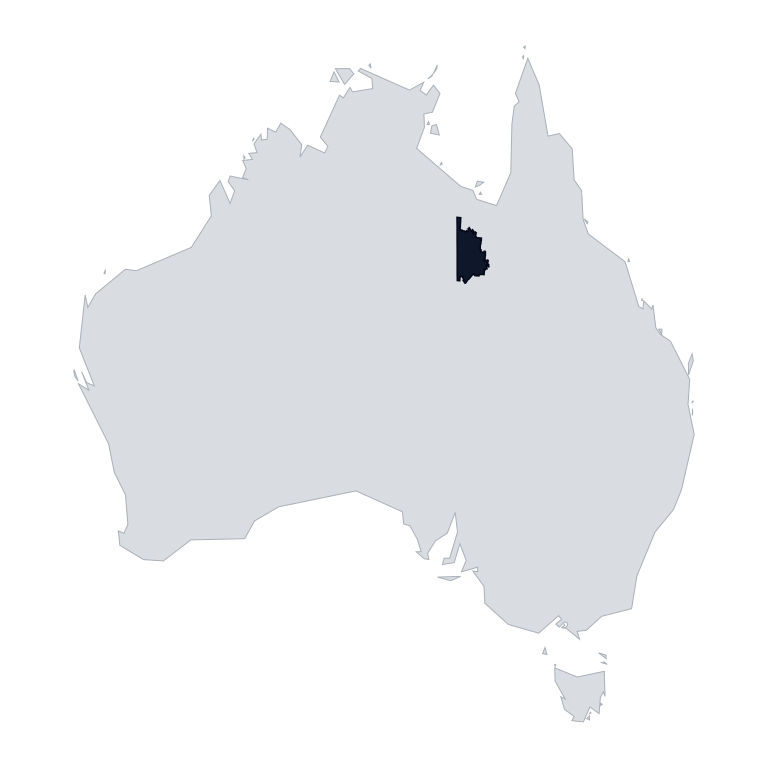 Mount Isa, Queensland, Australia (highlighted)
{"feature_id": "25037944B13114344079677", "entity_name": "Mount Isa", "entity_type": "district", "adm_level": 2, "iso_a3": "AUS", "parent_name": "Australia", "parent_adm1": "Queensland", "projection": "equal_earth", "projection_center": [139.561, -19.747], "detail": "fine", "context": "in_parent", "style": "filled", "palette": "ink", "viewbox_px": 768, "rotation_deg": 0, "n_neighbors": 0, "source": "geoboundaries", "source_scale": "gbopen_adm2", "svg_char_len": 6395}
<svg xmlns="http://www.w3.org/2000/svg" viewBox="0 0 768 768"><path d="M539.2,85.0L548.0,136.1L559.4,133.6L572.2,148.8L574.1,179.9L581.6,190.6L583.1,219.3L588.4,234.1L625.1,261.7L638.8,306.6L642.9,308.9L643.8,300.9L651.7,309.0L653.0,305.0L655.8,327.7L660.4,334.4L670.6,341.4L689.7,379.3L688.0,404.4L694.2,434.4L681.5,489.7L673.5,509.6L655.0,532.1L636.9,576.0L631.6,608.6L601.6,616.3L586.4,630.2L577.2,631.4L579.6,639.3L565.5,627.8L567.7,625.1L566.8,622.2L564.2,622.1L559.2,627.1L555.8,624.1L561.7,619.3L558.5,615.7L538.7,633.2L508.4,624.5L484.8,603.2L484.0,586.4L472.9,571.1L477.6,571.7L477.5,567.2L461.5,571.8L466.2,560.3L459.9,543.7L454.2,562.6L442.4,564.5L444.2,558.2L449.7,558.2L457.5,532.1L455.2,512.4L447.3,533.1L435.4,540.9L427.6,553.3L428.9,559.5L424.2,558.7L416.3,551.8L421.1,551.7L417.5,539.6L409.9,525.7L403.7,524.0L402.4,511.8L355.9,490.9L278.6,506.8L254.5,521.0L244.7,538.7L190.9,539.9L163.3,560.9L143.5,559.6L119.9,545.4L118.3,530.9L123.9,533.3L127.9,524.5L125.5,494.9L114.3,472.3L108.6,443.8L78.4,383.7L88.9,390.2L81.6,371.8L86.6,382.6L94.3,385.9L79.3,347.9L85.2,294.9L87.8,307.5L95.7,293.7L125.4,269.3L136.4,270.7L191.4,247.3L211.3,215.9L209.3,195.3L220.0,180.5L230.1,203.5L234.6,190.7L228.3,181.7L230.0,176.0L248.4,179.8L242.6,177.6L246.2,168.5L242.7,160.5L252.5,159.4L248.8,153.4L257.0,152.6L254.0,143.9L260.9,134.2L261.5,140.0L267.2,139.2L267.5,128.2L275.7,132.1L280.8,123.2L289.8,129.4L301.8,144.7L300.0,157.0L307.7,145.2L324.6,153.0L327.9,146.4L320.3,137.1L339.5,95.2L343.4,97.9L350.0,87.4L352.4,91.9L372.6,88.6L371.9,78.5L358.3,71.0L360.5,68.4L409.5,90.1L423.7,82.2L420.2,90.5L426.3,95.0L433.5,85.1L440.0,93.5L432.4,112.2L423.9,113.9L424.4,127.3L416.6,148.4L460.9,186.5L472.9,190.3L476.7,199.4L496.5,205.6L510.8,172.7L511.9,124.4L514.2,106.2L519.2,101.8L515.4,93.5L527.8,58.3L539.2,85.0ZM554.8,667.9L577.2,677.0L604.3,671.3L605.0,696.4L603.4,691.9L600.4,697.2L599.1,713.6L589.9,707.0L583.4,721.9L571.8,720.7L574.3,716.5L564.5,709.4L560.8,696.7L565.2,699.0L555.1,681.2L554.8,667.9ZM335.4,68.7L349.5,68.6L353.8,73.9L344.6,84.4L335.4,68.7ZM437.5,577.1L460.6,576.4L450.8,580.7L437.5,577.1ZM436.5,124.5L439.3,135.0L430.5,133.2L431.9,125.8L436.5,124.5ZM688.5,374.9L688.4,363.4L692.1,353.9L693.3,360.8L688.5,374.9ZM598.6,652.9L606.1,655.1L606.2,658.6L598.6,652.9ZM334.0,71.8L339.1,82.0L330.1,81.4L334.0,71.8ZM546.9,654.5L542.6,653.6L545.0,647.5L546.9,654.5ZM483.7,182.2L479.5,185.3L475.3,187.0L477.4,181.2L483.7,182.2ZM78.2,381.1L74.4,375.5L73.8,370.4L74.3,370.2L78.2,381.1ZM604.4,662.0L607.2,664.4L601.7,662.5L604.4,662.0ZM658.7,329.2L661.9,329.2L661.7,334.2L658.7,329.2ZM584.2,218.9L588.0,222.0L587.3,223.8L584.2,218.9ZM589.3,715.9L589.5,719.9L586.7,718.6L589.3,715.9ZM692.6,408.7L692.6,414.9L692.2,414.8L692.6,408.7ZM371.1,68.2L368.8,65.3L370.3,63.9L371.1,68.2ZM436.7,68.7L433.3,73.9L437.3,64.8L436.7,68.7ZM693.4,401.2L691.8,403.2L692.9,401.0L693.4,401.2ZM442.2,164.1L440.2,165.1L441.3,162.6L442.2,164.1ZM429.5,124.3L427.1,124.8L428.5,121.6L429.5,124.3ZM105.6,269.6L105.1,273.8L104.0,273.4L105.6,269.6ZM523.6,55.8L523.5,59.4L522.6,56.8L523.6,55.8ZM564.2,623.7L564.7,625.6L563.9,625.0L564.2,623.7ZM432.4,75.5L427.8,79.0L432.5,74.5L432.4,75.5ZM254.2,138.8L252.5,141.3L253.5,138.4L254.2,138.8ZM591.0,712.9L589.6,713.7L590.4,712.2L591.0,712.9ZM481.7,194.4L479.2,194.4L480.5,192.2L481.7,194.4ZM245.2,157.6L244.0,159.0L243.8,155.7L245.2,157.6ZM602.2,704.4L600.2,705.6L600.9,703.4L602.2,704.4ZM525.3,46.1L525.0,48.5L523.6,47.3L525.3,46.1ZM563.0,626.3L564.9,628.2L561.7,627.6L563.0,626.3ZM629.6,261.4L627.9,261.6L628.6,258.8L629.6,261.4ZM642.4,300.5L641.5,300.5L642.2,298.4L642.4,300.5ZM555.8,664.8L555.2,666.4L554.7,664.4L555.8,664.8Z" fill="#d9dde1" stroke="#a8b0b8" stroke-width="1"/><path d="M481.5,274.5L481.9,274.5L484.1,274.6L484.2,271.9L484.3,271.9L484.4,270.7L484.4,270.2L484.4,269.6L485.3,269.7L485.3,268.9L486.3,268.9L486.8,268.9L486.9,268.7L487.0,268.7L487.0,268.4L487.0,268.2L487.0,267.9L486.9,267.8L486.8,267.7L486.7,267.6L486.7,267.4L486.6,267.2L486.6,266.9L486.5,266.7L486.4,266.6L486.4,266.4L486.4,266.2L486.4,265.9L486.5,265.8L486.5,265.7L486.6,265.4L486.6,265.2L486.6,264.9L486.9,264.8L486.9,265.0L487.0,265.0L487.2,265.3L487.3,265.3L487.5,265.3L487.7,265.5L487.9,265.9L487.9,266.0L488.0,266.1L488.1,266.3L488.3,266.4L488.3,266.5L488.5,266.6L488.6,266.8L488.8,266.9L488.9,266.7L488.7,266.3L488.7,265.8L488.7,265.4L488.8,265.1L488.8,264.9L488.6,264.4L488.4,264.3L488.0,264.1L487.9,264.1L487.6,264.0L487.6,263.9L487.6,263.7L487.7,263.4L487.5,263.2L487.6,262.9L487.6,262.7L487.6,262.4L487.6,262.2L487.6,261.9L487.7,261.7L487.8,261.7L487.7,261.7L487.8,261.6L488.0,261.6L487.9,261.4L488.0,261.4L488.1,261.2L488.1,260.9L488.1,260.7L488.1,260.4L488.0,260.2L487.9,260.1L487.6,260.0L487.3,260.1L486.7,260.4L486.3,260.4L486.2,260.5L486.1,260.4L485.9,260.4L485.4,260.4L484.3,260.6L484.3,260.2L484.4,259.9L484.4,259.7L484.2,259.6L484.3,259.5L485.0,259.6L485.1,258.1L485.1,257.9L485.1,257.2L485.2,256.3L485.2,256.2L485.2,255.1L485.4,255.1L485.4,253.2L485.4,251.6L485.3,251.4L484.7,251.3L484.2,251.3L484.2,252.4L483.2,252.3L482.1,252.1L480.9,251.9L480.9,251.7L481.1,249.9L480.2,249.7L480.2,248.3L480.3,246.7L480.3,245.5L480.4,243.8L480.9,243.8L480.9,242.4L480.9,240.8L481.3,240.8L481.4,238.1L478.2,237.8L476.0,237.6L476.1,236.4L475.7,236.4L475.6,236.2L475.4,235.6L475.9,234.3L475.7,234.1L476.2,233.2L476.3,232.8L476.0,232.6L475.3,232.0L473.6,233.9L473.0,233.2L472.6,232.7L472.8,232.5L472.9,232.4L473.0,232.3L473.1,232.2L473.3,232.2L473.5,232.1L473.7,231.9L473.8,231.9L474.0,231.8L472.6,229.8L471.5,231.1L469.2,227.7L469.0,228.0L468.5,228.7L468.4,228.9L468.1,229.0L468.6,229.4L467.9,231.3L467.0,231.3L466.6,230.8L466.3,231.2L465.9,231.6L465.7,231.8L465.4,232.1L464.6,231.0L462.0,230.8L462.1,230.1L460.1,229.9L460.4,225.1L460.4,224.1L460.6,222.0L460.6,221.5L460.6,220.7L460.8,217.7L457.0,217.3L457.1,226.5L457.1,227.3L457.1,227.9L457.1,230.5L457.1,235.9L457.1,236.6L457.1,239.4L457.1,239.7L457.2,253.4L457.2,254.6L457.2,262.5L457.2,274.7L457.3,280.6L458.6,280.7L459.8,280.8L459.9,279.4L460.1,276.5L461.7,276.5L462.6,276.5L462.2,277.0L463.2,278.4L463.8,279.3L463.0,280.2L464.9,283.1L465.6,283.1L466.0,282.5L467.5,280.3L468.0,279.6L468.9,279.1L470.0,277.8L471.1,276.5L472.5,274.9L472.7,274.7L473.5,273.7L474.9,275.7L479.0,275.9L479.1,275.2L479.0,274.3L479.7,274.4L480.0,274.4L480.2,274.5L481.2,274.5L481.3,274.5L481.5,274.5Z" fill="#0f172a" stroke="#020617" stroke-width="1.5"/></svg>